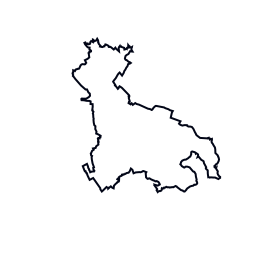 the district of Sancraiu, Cluj, Romania, rotated 234°
{"feature_id": "2599482B11402741815659", "entity_name": "Sancraiu", "entity_type": "district", "adm_level": 2, "iso_a3": "ROU", "parent_name": "Romania", "parent_adm1": "Cluj", "projection": "equal_earth", "projection_center": [22.961, 46.83], "detail": "fine", "context": "isolated", "style": "outline", "palette": "ink", "viewbox_px": 256, "rotation_deg": 234, "n_neighbors": 0, "source": "geoboundaries", "source_scale": "gbopen_adm2", "svg_char_len": 5813}
<svg xmlns="http://www.w3.org/2000/svg" viewBox="0 0 256 256"><g transform="rotate(234 128 128)"><path d="M115.4,174.2L117.6,172.5L119.5,171.7L122.0,169.9L123.4,169.3L129.1,164.0L129.6,163.3L129.6,162.2L129.3,160.4L128.7,158.9L128.6,157.8L128.8,157.6L129.7,157.4L131.1,156.3L131.7,155.6L140.5,150.6L142.3,149.1L143.9,148.5L143.9,145.5L146.0,145.5L146.2,145.0L145.7,144.0L147.8,143.1L148.7,144.3L148.7,145.2L151.5,146.1L152.0,146.4L152.2,146.9L153.1,147.1L152.9,147.7L153.0,147.9L154.1,148.1L164.0,146.7L165.5,146.2L166.7,145.7L166.4,144.7L165.7,143.6L165.6,142.8L168.3,142.8L170.0,142.5L170.1,143.0L174.2,143.2L174.7,144.4L175.5,147.4L177.2,151.1L177.6,152.4L177.8,153.8L173.9,154.0L175.0,156.7L176.4,158.8L176.7,160.0L177.9,162.3L178.2,163.7L179.6,165.7L179.0,167.3L179.0,168.5L180.3,168.1L181.1,167.4L183.8,166.8L184.5,166.2L185.5,166.2L186.1,166.4L187.7,168.3L187.9,169.7L187.6,171.8L188.9,174.9L187.4,176.2L187.1,176.6L189.3,176.8L190.5,177.6L190.8,178.4L191.1,178.7L191.1,178.4L191.9,177.6L192.4,176.3L193.5,176.5L193.7,177.1L194.2,176.9L194.9,176.9L192.9,175.3L193.4,174.4L192.7,173.6L193.1,173.5L193.2,172.2L193.6,171.2L195.1,172.0L197.7,170.2L198.1,170.4L198.4,170.1L198.5,168.9L199.0,169.2L198.7,168.2L198.0,167.3L195.3,165.8L199.2,164.9L200.4,165.0L199.9,162.6L203.4,161.7L204.3,161.2L204.5,160.5L204.9,160.1L206.0,160.5L208.2,159.4L208.9,158.8L208.3,157.9L208.4,156.9L208.0,156.7L208.2,156.3L208.5,154.9L209.4,154.0L209.7,154.1L210.4,153.3L210.9,154.0L213.2,153.8L214.9,154.5L215.0,154.3L216.4,155.3L218.3,155.5L217.5,153.7L218.0,151.9L218.0,151.3L219.7,151.9L220.2,151.6L218.2,150.1L220.0,149.3L219.6,147.9L218.6,147.0L218.4,146.5L219.0,145.1L219.7,144.8L220.0,144.9L220.0,144.2L220.6,143.8L222.3,143.8L222.5,142.8L221.0,142.5L217.8,142.7L216.5,143.1L215.6,144.2L214.1,142.9L213.1,143.4L212.2,143.5L211.7,143.1L212.3,141.5L211.7,141.2L211.8,140.1L211.1,139.9L207.9,138.2L207.7,136.0L208.2,133.0L205.3,132.5L205.2,131.6L204.8,131.1L204.9,130.4L206.5,128.6L206.7,127.6L206.5,126.4L205.2,124.2L204.8,123.2L205.4,122.2L205.3,121.9L205.7,121.3L205.8,120.6L206.0,120.3L205.8,119.8L205.9,119.5L205.3,118.6L206.9,117.6L205.0,116.2L205.2,115.8L204.6,115.1L203.0,114.8L202.5,114.0L201.0,114.2L198.6,114.2L189.9,115.0L184.1,116.3L183.3,117.5L180.1,116.9L178.3,117.3L176.4,116.2L176.0,114.5L176.3,111.4L179.0,107.8L178.9,107.3L177.8,106.8L176.3,108.7L174.4,110.4L172.5,112.8L171.5,113.4L169.4,111.8L168.1,113.4L165.9,111.9L163.5,109.6L163.1,109.8L162.8,109.4L161.5,109.6L160.3,108.0L159.6,107.9L157.0,106.2L155.5,105.6L155.1,105.0L152.4,103.4L150.1,102.4L148.6,102.7L146.4,100.9L143.6,100.4L142.2,99.0L140.8,99.9L137.8,101.3L136.8,100.3L137.2,99.9L136.3,98.9L137.4,98.1L137.2,97.4L134.3,96.2L134.6,95.8L132.0,94.3L131.9,91.5L130.9,90.1L132.0,87.7L130.6,87.5L130.6,85.4L130.1,84.8L129.8,84.0L129.2,83.3L129.2,82.9L127.5,82.1L126.5,82.5L125.9,81.5L123.7,80.2L120.1,78.5L116.2,77.4L116.3,76.5L114.8,75.7L113.2,75.6L113.2,75.1L112.9,74.9L114.0,73.1L114.4,71.4L116.5,72.0L117.1,71.9L117.6,72.3L119.2,72.4L120.3,73.0L123.1,73.7L123.7,69.0L118.8,67.7L118.2,67.7L118.0,68.2L117.5,68.0L116.1,68.1L116.1,67.9L115.7,67.7L114.8,67.9L113.5,67.4L108.6,66.5L108.0,70.4L95.7,70.2L94.6,69.6L92.0,69.5L92.2,71.4L92.9,75.9L92.1,76.1L91.4,76.9L90.6,76.4L90.9,79.8L88.8,80.2L87.6,80.9L89.6,82.8L90.1,85.4L90.1,86.7L90.4,87.0L90.3,87.6L90.4,88.1L90.1,88.7L90.1,89.1L90.7,89.6L91.2,89.6L91.7,90.0L92.3,89.9L92.4,89.4L92.8,89.2L93.0,89.6L92.6,90.6L92.7,91.1L92.3,91.1L92.8,91.5L93.3,91.2L93.5,91.5L93.6,92.9L93.2,94.4L93.2,95.0L93.5,95.3L93.2,95.4L93.3,95.9L93.0,96.4L93.1,96.8L93.3,97.0L92.7,97.6L92.5,98.6L92.7,98.9L92.4,99.4L92.3,100.6L91.5,102.2L92.0,104.0L93.5,106.5L91.6,107.0L88.1,105.9L87.5,108.2L85.6,111.3L84.8,112.2L84.4,113.6L84.4,114.6L84.1,115.2L82.1,116.5L81.5,116.9L80.8,115.6L77.4,113.6L75.4,113.9L75.1,114.4L74.9,115.4L74.6,115.8L72.4,116.7L71.3,117.5L70.8,117.6L69.7,118.5L68.9,118.7L68.4,119.2L68.2,120.0L66.5,120.9L64.5,120.8L63.6,120.5L63.9,118.2L66.5,116.2L66.1,116.1L66.1,115.7L61.4,115.7L60.9,114.6L58.7,114.4L58.9,115.4L58.4,116.6L58.1,116.8L57.8,118.2L58.4,119.3L59.1,119.6L59.4,120.1L58.7,120.5L58.1,121.3L58.6,122.0L58.0,122.8L58.1,123.3L57.8,123.9L57.9,124.4L56.7,125.2L55.9,126.4L55.2,126.8L55.0,127.5L54.5,128.2L54.3,128.9L53.5,129.7L53.1,132.4L52.0,133.0L51.3,133.0L46.6,134.4L45.2,135.5L44.1,135.7L43.3,136.5L43.7,138.8L44.0,139.3L44.3,140.6L44.2,142.5L44.3,143.3L43.8,145.2L43.0,146.9L43.2,148.2L42.9,148.3L42.6,148.8L42.2,150.1L42.2,150.5L42.7,151.6L43.8,152.1L45.1,152.2L45.9,153.2L48.8,154.4L51.1,155.7L53.6,155.9L54.2,155.3L54.8,155.1L59.9,154.7L61.7,153.4L62.7,152.2L62.9,151.7L62.8,150.5L63.1,150.1L65.6,149.1L66.8,149.2L67.9,149.0L68.7,150.4L69.2,150.8L69.7,152.8L69.2,155.0L68.4,156.3L68.2,159.1L68.4,160.1L68.3,161.6L69.6,163.7L70.9,164.6L71.4,165.2L71.3,166.1L69.3,167.7L68.4,168.1L67.5,167.8L67.6,168.4L65.9,169.0L65.4,169.1L64.5,168.5L63.6,167.2L63.5,167.9L63.2,168.3L59.0,168.6L57.9,169.2L56.6,169.6L54.9,168.8L50.3,168.2L49.9,167.4L49.3,167.1L46.9,167.6L44.1,165.7L41.0,164.0L40.8,164.5L39.9,164.9L39.4,166.0L37.7,168.0L36.8,169.3L33.6,171.1L33.6,172.1L33.5,173.2L34.3,173.8L35.3,173.4L37.4,173.4L38.9,173.9L40.2,175.2L42.7,175.3L43.8,175.7L44.1,176.1L44.1,175.9L43.8,175.4L45.4,175.1L45.6,175.7L45.9,175.9L46.1,175.4L46.4,175.5L46.4,176.9L46.8,177.3L46.9,177.8L46.7,178.7L46.9,179.8L47.9,181.8L49.1,183.2L51.2,184.1L51.8,184.0L53.0,184.5L56.4,184.0L59.5,186.1L61.2,186.9L63.3,187.0L65.6,187.3L66.9,187.2L68.0,187.7L69.1,189.0L69.9,189.5L70.5,187.6L71.2,188.1L71.9,187.7L72.2,187.0L72.7,187.4L73.3,185.7L77.6,180.5L81.2,179.4L82.6,179.2L83.7,179.6L84.8,179.6L88.9,180.4L91.2,180.3L92.4,179.4L93.7,177.7L94.9,177.2L95.4,177.5L95.6,177.4L97.2,175.3L98.0,173.4L99.9,172.2L101.5,171.8L102.6,174.4L111.2,168.6L114.7,172.6L115.4,174.2Z" fill="none" stroke="#020617" stroke-width="2"/></g></svg>